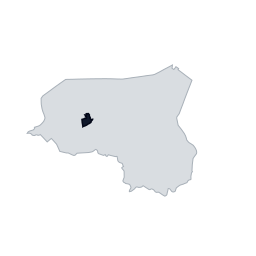 location of Al-Rumaitha, Al-Muthannia, Iraq, rotated 139°
{"feature_id": "34846034B72933378732296", "entity_name": "Al-Rumaitha", "entity_type": "district", "adm_level": 2, "iso_a3": "IRQ", "parent_name": "Iraq", "parent_adm1": "Al-Muthannia", "projection": "albers", "projection_center": [45.302, 31.497], "detail": "fine", "context": "in_parent", "style": "filled", "palette": "ink", "viewbox_px": 256, "rotation_deg": 139, "n_neighbors": 0, "source": "geoboundaries", "source_scale": "gbopen_adm2", "svg_char_len": 4692}
<svg xmlns="http://www.w3.org/2000/svg" viewBox="0 0 256 256"><g transform="rotate(139 128 128)"><path d="M108.0,52.8L109.5,52.5L112.3,50.2L114.0,48.1L114.5,47.9L116.0,48.7L117.0,48.9L119.4,48.1L120.8,48.6L122.0,49.1L122.7,49.2L125.9,50.6L126.7,50.8L128.4,51.0L130.8,51.1L132.4,50.2L133.6,49.4L134.4,49.4L135.1,49.6L135.8,50.0L136.3,50.6L136.6,51.5L136.4,54.4L136.7,55.2L137.1,55.7L137.7,55.8L138.3,55.2L139.5,54.3L141.0,53.3L142.1,52.4L142.7,52.1L143.7,52.1L144.6,52.3L145.1,52.7L145.1,52.9L145.6,54.3L146.9,59.3L147.6,60.0L148.5,60.5L149.0,61.3L149.3,62.0L149.2,63.2L149.2,64.6L149.6,65.6L150.0,66.4L150.5,66.8L151.1,66.9L151.9,67.1L152.5,67.8L154.2,73.6L154.4,74.4L155.1,74.6L156.3,74.5L157.5,75.1L158.8,76.0L160.0,77.8L160.9,78.1L163.4,77.8L167.0,78.1L168.7,79.0L168.5,79.5L167.2,80.2L165.0,80.9L164.3,82.2L163.9,83.8L164.0,84.7L164.6,85.7L166.2,87.7L166.3,88.4L166.6,89.4L166.9,90.1L166.6,91.4L165.1,92.3L163.2,93.3L159.4,97.8L159.1,98.7L159.1,101.3L158.8,102.1L157.5,102.1L156.6,101.9L156.5,102.8L155.9,104.1L155.6,105.1L157.0,107.6L157.3,109.0L157.0,110.2L155.7,112.3L154.9,113.7L155.1,114.0L156.2,114.6L159.4,119.1L160.4,120.7L161.8,120.3L162.3,120.3L162.7,120.6L162.9,121.1L162.9,121.8L162.6,122.9L164.3,123.3L165.0,124.3L167.0,127.9L167.0,129.0L166.0,130.7L166.0,131.8L166.2,132.8L166.5,133.1L169.5,133.3L170.8,133.6L173.9,135.4L177.5,138.2L180.5,140.5L183.0,142.4L185.7,142.2L186.4,142.5L187.1,143.1L187.9,144.7L189.5,148.4L190.8,149.5L192.9,152.4L194.8,155.1L193.6,158.9L192.5,162.7L192.6,167.7L192.7,170.4L195.3,170.5L198.1,170.5L198.2,173.7L198.3,176.9L198.5,180.6L199.3,180.7L200.7,181.5L201.3,182.7L202.0,183.3L202.9,183.4L203.8,183.9L204.7,185.0L205.0,185.8L204.8,186.3L205.0,187.3L205.7,188.7L206.4,189.3L207.6,190.1L206.0,190.6L204.4,190.3L200.8,188.7L199.6,188.7L198.1,189.4L198.1,189.9L194.3,188.2L192.9,187.9L192.5,187.8L190.3,187.9L187.3,188.3L185.5,189.1L184.2,189.9L183.7,190.6L183.5,191.0L182.5,193.3L181.5,196.2L180.3,198.8L178.1,202.5L176.8,204.2L174.1,207.4L171.2,208.1L164.3,207.5L156.7,206.9L149.2,206.2L143.6,205.6L143.1,205.5L137.6,200.9L133.3,197.4L127.9,192.9L122.4,188.3L116.9,183.6L112.9,180.2L108.0,175.8L103.6,171.7L100.2,168.6L95.8,165.7L92.3,163.5L87.3,160.2L83.3,157.6L79.8,155.4L74.6,151.9L72.8,151.0L67.3,149.6L62.1,148.5L56.7,147.2L53.1,146.4L55.6,144.2L55.0,142.1L53.2,142.4L51.6,142.8L50.8,139.6L52.0,139.2L51.1,135.0L50.2,130.6L49.3,126.4L48.4,122.1L53.1,119.6L56.6,117.8L61.5,115.2L66.2,112.7L70.7,110.2L75.6,107.6L80.0,105.2L83.9,104.3L84.8,103.5L86.7,100.1L88.4,97.1L88.4,96.4L88.6,92.1L89.1,87.1L89.7,84.5L90.6,82.2L91.5,80.5L91.6,78.9L91.6,77.2L90.8,74.7L90.1,72.1L90.3,69.6L90.5,68.3L91.1,66.2L92.0,64.7L93.1,63.7L96.7,62.9L98.9,62.3L101.8,59.7L103.6,58.1L106.0,55.6L107.8,53.7L108.0,53.1L108.0,52.8Z" fill="#d9dde1" stroke="#a8b0b8" stroke-width="1"/><path d="M151.9,157.1L151.7,157.1L151.3,157.2L151.0,157.3L150.4,157.4L150.0,157.5L149.8,157.5L149.6,157.5L149.3,157.6L149.2,157.6L149.0,157.8L149.4,158.0L149.9,158.4L150.1,158.5L150.4,158.8L150.5,158.9L150.5,159.0L150.5,159.3L150.5,159.5L150.4,159.7L150.3,159.9L150.3,160.0L150.2,160.2L150.2,160.4L150.2,160.6L149.9,160.7L149.7,160.7L149.6,161.1L149.5,161.4L149.4,161.9L149.4,162.0L149.2,162.5L148.9,162.9L148.7,163.1L148.5,163.3L148.5,163.8L148.5,164.1L148.5,164.3L148.5,164.5L148.4,164.8L149.0,165.2L149.4,165.7L149.9,166.0L149.9,165.9L150.1,165.7L150.3,165.4L150.3,165.2L150.5,165.2L150.7,165.3L150.8,165.2L151.0,165.0L151.0,165.5L151.3,165.6L151.5,165.7L151.7,165.9L151.7,165.7L151.6,165.2L151.9,165.0L152.0,164.9L152.3,165.1L152.4,164.8L152.4,164.5L152.2,164.1L151.9,163.8L151.9,163.7L152.0,163.5L152.3,163.4L152.4,163.2L152.6,163.0L152.7,162.9L152.8,162.7L153.1,162.7L153.3,162.7L153.4,162.9L153.5,163.2L153.7,163.4L153.9,163.5L154.0,163.5L154.3,163.4L154.5,163.6L154.7,163.8L155.1,163.8L155.4,163.9L155.6,163.9L155.9,163.9L156.2,164.0L156.3,164.2L156.5,164.4L156.7,164.5L156.9,164.7L157.1,164.7L157.3,164.4L157.5,164.2L157.6,163.9L157.8,163.7L158.0,163.5L158.1,163.3L158.3,163.0L158.5,162.8L158.7,162.5L159.0,162.1L159.1,161.9L159.3,161.6L159.4,161.4L159.6,161.1L159.8,160.7L160.0,160.4L160.2,160.1L160.4,159.8L160.5,159.6L160.6,159.4L160.8,159.1L160.9,158.9L161.0,158.8L161.2,158.6L160.8,158.5L160.3,158.4L159.9,158.2L159.6,158.1L159.4,158.0L159.2,157.9L158.8,157.8L158.6,157.7L158.3,157.6L158.2,157.6L157.7,157.5L157.5,157.4L157.1,157.3L156.9,157.3L156.7,157.3L156.3,157.3L156.1,157.2L155.9,157.2L155.6,157.2L155.4,157.2L155.1,157.1L154.9,157.0L154.7,157.0L154.6,156.9L154.4,156.9L154.2,156.8L153.9,156.8L153.6,156.7L153.4,156.7L153.2,156.7L152.9,156.6L152.7,156.6L152.4,156.6L152.4,156.8L152.2,157.0L151.9,157.1Z" fill="#0f172a" stroke="#020617" stroke-width="1.5"/></g></svg>